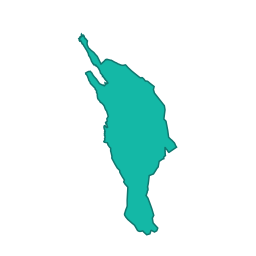 Ørskog nor, Møre og Romsdal, Norway, rotated 63°
{"feature_id": "86288312B31017239945246", "entity_name": "Ørskog nor", "entity_type": "district", "adm_level": 2, "iso_a3": "NOR", "parent_name": "Norway", "parent_adm1": "Møre og Romsdal", "projection": "robinson", "projection_center": [6.912, 62.479], "detail": "fine", "context": "isolated", "style": "filled", "palette": "teal", "viewbox_px": 256, "rotation_deg": 63, "n_neighbors": 0, "source": "geoboundaries", "source_scale": "gbopen_adm2", "svg_char_len": 5497}
<svg xmlns="http://www.w3.org/2000/svg" viewBox="0 0 256 256"><g transform="rotate(63 128 128)"><path d="M102.9,85.9L97.8,88.3L96.0,89.0L95.4,89.3L94.8,89.9L94.6,90.2L94.5,90.6L94.3,90.9L94.0,91.1L93.6,91.3L92.5,91.5L91.1,91.8L89.9,92.3L89.6,92.5L89.4,92.7L89.3,93.5L89.2,93.7L89.1,93.9L89.0,94.0L88.3,94.6L87.5,95.0L81.5,97.7L78.3,99.1L74.1,100.6L71.3,101.3L70.7,101.5L70.4,102.2L70.3,102.8L69.9,104.0L69.5,104.7L68.9,105.5L68.2,106.2L67.3,106.9L66.2,107.9L65.0,108.6L63.3,110.0L60.1,112.1L59.8,112.6L59.6,112.9L57.7,115.0L57.8,115.0L57.4,115.8L57.3,116.2L57.3,116.4L57.3,116.5L56.9,116.9L57.7,119.0L57.8,119.4L57.9,119.8L58.7,123.0L57.7,123.0L50.2,122.9L47.8,123.6L45.1,124.2L44.3,124.6L41.2,126.0L39.6,126.4L38.8,126.8L36.7,126.7L35.5,126.6L34.3,126.2L33.1,125.5L32.0,124.6L31.9,124.6L31.7,124.8L30.0,125.0L29.5,125.2L28.9,125.3L28.9,125.6L28.4,125.7L27.9,125.7L27.0,125.6L26.5,125.4L25.4,125.5L25.7,126.2L25.1,126.2L25.2,126.5L24.3,126.6L24.1,126.8L23.3,126.9L23.4,127.0L23.5,127.1L24.1,127.3L24.7,127.6L24.9,127.6L25.2,127.5L25.4,128.0L25.5,128.3L25.0,128.3L24.9,128.8L24.9,129.0L25.2,129.2L25.3,129.7L25.9,129.7L26.0,129.8L26.3,130.3L26.5,130.5L25.9,130.5L26.0,131.3L27.3,131.2L27.5,131.3L27.6,131.6L28.5,131.6L28.4,131.1L29.0,131.1L29.0,130.6L29.5,130.7L29.8,130.5L31.2,130.5L31.4,130.6L31.7,130.6L32.5,130.5L32.6,130.2L32.8,130.1L35.5,130.0L36.3,129.8L38.3,129.8L38.8,129.6L42.9,129.5L44.6,129.8L45.1,130.0L46.5,130.0L47.1,129.8L48.4,129.8L49.3,129.9L50.1,129.9L50.9,130.0L51.5,130.2L53.4,130.1L54.5,130.0L55.9,129.8L55.8,129.5L56.4,129.4L56.5,129.3L56.8,128.8L56.9,128.7L57.7,128.7L57.8,128.6L57.7,128.1L58.2,128.1L58.8,127.9L59.0,127.7L60.9,127.2L64.2,127.1L65.9,127.4L66.4,127.6L66.7,127.5L67.8,127.2L68.9,127.0L69.4,127.0L69.9,126.7L70.0,126.7L70.5,126.8L70.6,127.0L70.7,126.8L71.3,126.8L71.6,126.8L72.0,126.6L73.3,126.4L73.3,126.5L74.1,126.4L74.1,126.2L74.9,126.2L75.4,126.1L76.2,125.8L76.2,125.7L77.5,125.6L77.9,125.6L78.1,126.1L78.1,125.5L78.8,125.5L79.0,126.8L78.6,126.8L78.4,126.7L78.3,126.2L78.1,126.2L78.4,126.8L78.6,126.9L78.6,127.0L78.0,127.6L77.2,128.0L77.3,128.1L78.2,128.1L78.3,128.1L78.5,128.0L78.8,128.2L79.1,128.7L79.6,129.4L79.7,129.8L79.6,130.0L79.4,130.1L78.8,130.3L78.7,130.4L78.8,130.5L78.8,130.8L78.6,131.0L78.4,131.0L78.1,131.3L76.8,132.3L76.5,132.7L75.1,133.3L71.7,133.8L70.3,133.9L67.2,134.8L65.6,135.1L64.9,135.2L62.3,135.3L60.2,136.0L60.2,136.9L59.7,137.5L59.7,139.3L59.8,140.8L60.8,141.1L61.7,140.7L63.2,140.6L66.2,140.9L67.6,141.2L69.9,141.0L71.3,141.2L71.9,141.0L77.8,139.2L78.5,139.6L80.6,139.1L81.6,139.7L82.3,140.0L82.9,139.8L84.1,140.0L84.6,140.4L85.6,140.8L87.6,141.5L89.3,141.5L90.5,141.0L91.5,141.0L92.7,140.9L92.8,140.6L93.8,140.1L95.4,139.6L96.0,139.4L97.8,139.2L100.6,139.6L102.0,139.6L103.0,139.3L108.7,140.3L110.1,142.6L112.4,143.4L112.8,143.8L112.6,144.1L112.7,144.5L112.8,145.1L113.7,145.1L113.5,145.3L113.4,145.6L114.2,145.7L114.8,145.7L115.6,145.5L115.9,145.5L116.7,145.6L117.5,145.7L117.5,146.0L118.1,146.0L118.1,146.3L117.7,146.3L117.6,146.2L117.3,146.2L117.3,146.4L117.7,146.5L117.6,147.0L117.1,147.1L116.5,147.3L116.0,147.3L115.4,147.4L115.3,147.9L115.3,148.1L115.6,148.2L115.9,148.5L116.1,149.0L116.6,149.1L117.2,149.3L117.5,149.4L118.0,149.6L118.8,149.6L119.7,149.7L120.0,149.9L120.5,149.9L120.5,150.4L121.1,150.5L121.4,150.7L121.9,150.8L121.8,151.1L122.4,151.4L122.5,151.7L123.9,151.9L123.9,152.2L124.5,152.1L124.9,152.2L125.2,152.5L125.3,152.6L126.1,152.7L126.3,153.0L126.6,153.3L126.9,153.5L127.0,153.8L128.1,153.9L128.3,154.4L128.6,154.6L128.9,155.1L128.9,155.6L129.1,155.7L129.8,155.6L131.9,153.1L133.5,153.3L133.7,153.5L136.6,153.1L138.1,152.6L140.6,153.9L142.1,154.2L145.8,155.1L147.6,156.1L154.4,156.0L158.8,155.7L161.9,154.7L164.0,155.4L169.0,155.2L172.7,154.8L174.1,156.3L177.1,156.0L177.6,155.8L180.7,155.0L191.9,161.5L197.1,164.1L197.6,164.5L200.2,167.4L201.6,168.7L203.0,170.1L203.9,170.5L206.2,170.4L209.4,169.7L214.9,167.5L216.9,166.6L217.8,166.3L223.7,166.0L225.1,165.0L225.7,164.0L226.4,161.6L228.4,161.0L231.6,159.8L232.0,157.9L232.2,156.5L230.3,154.6L229.9,154.2L229.8,153.9L229.9,153.6L232.7,151.6L232.6,149.1L231.2,147.4L230.6,146.9L225.6,148.3L223.9,148.7L221.9,148.1L219.3,147.2L217.5,144.7L211.0,143.5L206.5,142.9L199.5,142.1L196.4,142.6L196.3,142.4L196.1,142.0L196.0,141.9L195.8,141.9L195.4,141.6L195.1,141.3L195.0,141.2L194.8,140.9L194.3,140.4L193.9,140.0L193.1,139.6L192.9,139.2L192.8,138.9L192.5,138.8L192.5,138.7L192.3,138.6L192.2,138.5L192.2,138.4L191.9,138.2L191.7,138.0L191.5,137.9L191.3,137.8L191.0,137.8L190.8,137.7L190.5,137.7L190.2,137.6L189.5,137.4L189.5,137.2L189.2,137.2L188.8,136.9L186.9,135.3L180.0,130.7L180.5,126.2L178.1,122.1L177.2,120.7L176.4,118.8L171.9,115.4L171.3,110.6L171.5,110.5L171.6,110.4L171.7,110.1L171.5,109.9L171.2,109.9L170.6,109.6L170.2,109.3L170.1,109.0L169.9,108.7L169.8,108.3L169.8,108.0L169.6,107.5L169.6,107.3L169.5,107.1L169.4,107.1L169.1,107.1L168.5,106.8L168.0,106.7L167.5,106.3L167.2,106.3L166.9,106.2L166.6,106.0L166.3,105.9L166.2,105.8L165.9,105.6L165.7,105.5L165.3,105.5L165.1,105.3L164.8,105.2L162.3,103.9L162.4,103.7L162.7,103.6L163.1,103.6L163.4,103.7L163.6,103.7L163.8,103.6L164.2,103.5L164.8,103.3L165.1,103.1L165.3,103.1L166.4,103.1L166.7,103.0L166.9,102.9L167.0,102.9L167.4,102.9L167.7,102.9L168.0,102.8L168.3,102.6L167.1,93.4L165.5,93.6L162.9,93.4L162.1,93.5L158.8,94.5L157.5,95.1L154.7,96.0L148.1,93.7L139.2,91.1L136.3,92.0L128.8,86.9L128.4,86.7L124.6,85.5L108.9,88.6L105.3,87.9L102.9,85.9Z" fill="#14b8a6" stroke="#0f766e" stroke-width="1.5"/></g></svg>